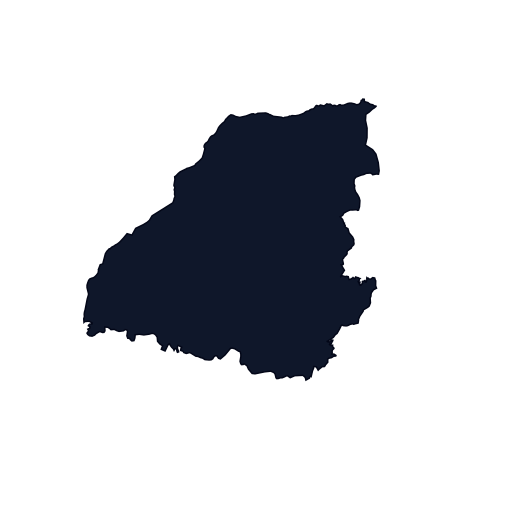 the district of Dalboset, Caras-Severin, Romania, rotated 236°
{"feature_id": "2599482B18493175131384", "entity_name": "Dalboset", "entity_type": "district", "adm_level": 2, "iso_a3": "ROU", "parent_name": "Romania", "parent_adm1": "Caras-Severin", "projection": "albers", "projection_center": [21.932, 44.818], "detail": "fine", "context": "isolated", "style": "filled", "palette": "ink", "viewbox_px": 512, "rotation_deg": 236, "n_neighbors": 0, "source": "geoboundaries", "source_scale": "gbopen_adm2", "svg_char_len": 6128}
<svg xmlns="http://www.w3.org/2000/svg" viewBox="0 0 512 512"><g transform="rotate(236 256 256)"><path d="M237.1,365.7L236.7,366.6L239.0,369.4L243.8,373.1L246.6,374.1L250.2,374.5L253.2,374.4L255.6,375.0L257.5,375.8L258.9,377.1L261.2,377.7L264.6,380.2L265.5,382.9L264.3,388.3L263.3,390.9L262.9,393.6L260.8,397.3L259.2,398.1L258.1,398.2L256.7,401.6L255.3,403.3L257.7,405.7L265.1,409.6L273.4,412.4L278.9,412.1L286.8,408.7L291.9,414.1L299.9,419.6L307.2,422.6L312.0,426.3L312.0,430.2L312.7,434.6L312.6,436.8L312.9,439.2L313.2,439.3L314.3,438.0L316.1,437.4L317.8,435.7L319.2,435.0L320.6,434.6L323.4,432.2L325.4,433.4L326.4,432.3L325.9,431.1L326.1,430.2L325.3,429.5L324.5,427.9L324.2,426.4L325.0,424.1L327.2,422.6L329.5,420.4L330.4,419.0L331.1,417.4L331.9,413.3L333.1,411.1L334.5,410.3L334.9,409.3L334.7,408.2L335.0,407.2L335.8,406.1L336.8,405.7L337.4,404.7L337.4,403.6L340.4,402.5L341.6,400.4L342.5,399.9L342.3,396.4L345.2,393.8L345.1,391.9L346.9,390.5L347.0,389.7L346.0,386.9L345.9,385.7L346.6,384.4L347.0,382.6L346.7,381.1L347.2,379.8L347.5,379.5L347.8,377.8L347.6,375.4L348.1,373.1L348.8,370.3L350.2,367.1L352.3,364.3L352.4,363.1L353.2,362.2L353.5,360.1L355.0,357.1L355.0,355.9L356.8,354.7L362.1,348.5L365.3,346.7L365.4,346.3L367.1,345.6L369.1,344.1L373.3,337.3L373.5,335.5L374.2,334.0L375.2,333.6L376.3,331.7L377.6,326.1L380.0,320.0L383.0,317.1L385.7,315.6L387.1,314.1L387.1,311.7L386.6,309.2L386.2,308.7L386.3,307.5L385.0,305.0L384.8,302.3L384.2,299.2L383.4,296.8L381.1,293.1L380.3,291.2L379.8,288.7L380.3,286.4L380.1,284.8L379.1,282.5L378.0,280.7L377.6,278.9L377.7,277.9L377.3,276.2L376.6,274.9L375.4,273.9L373.7,273.8L369.7,269.3L367.3,266.2L366.4,261.9L366.0,257.4L365.2,255.9L366.4,250.1L367.3,247.6L367.2,247.3L368.2,240.1L367.9,237.6L367.2,234.5L367.2,232.9L364.8,231.6L360.5,227.5L359.5,227.2L358.5,227.2L357.9,226.8L356.6,225.2L355.2,224.8L352.6,222.9L350.8,222.4L349.3,220.1L348.3,219.2L346.6,216.8L347.4,192.3L345.2,187.7L344.8,184.8L345.0,180.2L346.2,171.7L342.7,164.9L346.6,161.6L345.0,156.2L343.7,150.6L343.5,147.8L343.8,145.2L343.6,144.6L344.0,141.2L343.5,138.8L344.0,138.5L344.0,137.8L343.6,136.8L343.6,136.0L343.0,134.3L342.1,132.4L335.1,124.5L335.9,122.0L332.8,117.6L332.0,117.3L330.2,115.5L329.3,112.9L328.9,110.7L328.9,109.0L329.4,107.7L329.9,105.4L329.4,103.7L328.0,101.7L326.3,99.6L324.2,98.2L318.5,96.1L317.6,95.5L314.6,91.9L307.0,84.3L305.4,82.4L303.8,81.0L301.7,79.8L300.3,78.1L297.2,76.3L297.4,77.3L295.9,80.1L294.9,81.4L292.0,82.8L291.4,82.2L292.5,80.0L292.4,79.1L291.9,78.0L290.4,78.7L289.7,78.4L289.1,77.7L289.4,75.6L287.9,75.5L287.3,75.0L286.8,73.2L286.4,72.7L284.9,72.7L282.9,73.4L281.2,75.3L280.7,78.0L281.1,79.7L280.9,83.8L280.0,84.9L278.4,86.0L277.7,87.3L278.4,88.9L281.7,90.9L279.8,93.3L277.8,94.2L276.0,94.6L274.4,97.5L271.9,98.9L270.1,100.3L268.1,104.3L268.2,106.3L267.1,107.5L265.5,107.5L262.0,104.3L259.5,103.7L258.4,105.1L256.8,105.1L255.0,105.6L254.1,107.5L255.3,109.2L256.2,110.1L258.3,111.8L256.4,115.5L253.3,118.9L251.0,123.6L250.0,126.6L248.5,128.1L246.6,128.7L243.9,128.7L240.3,126.7L236.8,127.1L233.8,128.4L231.6,125.3L228.1,127.5L231.4,133.1L231.8,134.8L231.6,135.3L230.0,135.0L227.4,135.1L225.2,135.6L223.6,135.3L224.4,136.9L224.0,137.8L223.2,138.0L220.5,137.0L220.0,137.1L219.8,138.3L223.3,139.2L224.8,140.2L225.5,141.5L221.9,143.4L221.3,142.1L219.9,140.7L217.8,142.3L216.3,142.2L214.2,143.7L213.1,146.9L212.0,147.7L206.6,150.1L205.1,151.8L202.8,153.2L201.1,154.7L198.7,155.7L196.0,159.0L195.0,160.8L195.0,162.7L195.9,164.5L196.1,166.4L195.2,167.7L192.1,167.8L190.6,168.9L191.3,175.0L193.7,183.2L193.0,184.7L191.0,186.5L186.9,188.3L185.6,189.4L183.0,188.5L181.2,187.3L177.6,183.9L175.3,183.2L174.1,183.2L173.2,184.7L173.2,185.9L170.1,187.2L166.4,186.5L160.8,187.1L158.9,189.3L155.1,198.5L152.3,203.8L149.4,205.7L147.3,205.8L143.9,204.5L142.8,204.6L142.0,205.9L141.4,208.1L140.4,209.6L139.9,212.0L139.7,213.9L139.2,215.1L136.0,216.3L135.1,221.2L130.9,228.1L128.7,228.8L127.3,228.8L125.2,228.0L124.9,231.9L125.7,233.3L126.0,234.6L125.5,234.6L129.2,238.6L130.8,241.0L132.0,241.9L132.1,242.2L130.3,244.0L126.6,243.7L126.9,245.0L127.2,248.8L127.0,249.5L126.2,250.6L126.3,251.7L126.9,252.6L127.8,256.1L130.0,257.5L130.5,258.3L130.6,259.0L129.5,261.8L129.5,264.3L128.5,266.2L128.9,266.7L131.0,265.8L132.3,264.1L133.5,265.3L134.8,266.0L135.4,267.1L135.7,268.8L136.0,269.1L138.0,268.8L139.2,269.6L139.8,268.1L141.5,267.4L141.9,268.1L141.1,268.5L141.0,268.9L142.7,271.8L142.8,272.3L143.3,272.6L143.8,271.9L143.9,271.3L143.5,268.8L145.0,267.3L145.5,267.3L145.5,268.3L145.2,269.1L145.4,269.6L145.3,274.6L146.4,277.7L146.5,279.9L148.8,284.5L150.6,287.6L150.8,288.7L149.5,289.4L147.7,291.6L147.2,292.6L146.8,294.2L146.8,295.4L146.3,296.7L146.1,297.8L144.8,298.8L144.3,300.5L143.3,303.1L145.2,304.9L146.1,305.4L148.1,308.4L150.3,313.9L151.3,314.8L151.0,320.1L151.2,321.8L153.2,324.7L157.3,327.1L158.4,328.8L160.0,330.0L161.0,331.1L162.5,335.0L162.2,335.2L161.9,337.9L164.4,338.5L168.5,341.4L169.3,341.4L171.4,342.1L172.8,340.7L172.7,337.8L173.8,336.9L175.0,336.6L175.2,336.0L176.0,335.8L175.1,335.0L174.4,334.8L172.8,332.9L173.2,332.0L174.7,332.7L174.9,332.3L174.7,331.6L175.4,330.1L175.3,329.8L173.8,329.1L173.4,328.3L173.8,327.5L173.7,327.1L173.1,326.6L173.1,326.4L173.8,325.8L174.3,325.7L175.4,326.4L175.7,327.2L176.2,327.6L176.6,327.1L176.6,326.2L177.7,326.4L177.9,327.7L179.1,328.9L179.2,329.6L180.3,328.7L180.9,328.6L181.4,328.0L182.9,326.9L182.0,325.1L182.3,324.7L183.9,324.4L183.6,323.3L184.0,322.4L183.7,321.8L184.4,320.0L186.4,320.6L186.9,320.5L187.3,320.9L188.5,319.8L189.1,318.4L191.5,316.3L191.4,314.6L191.5,314.6L192.4,316.1L194.7,321.3L201.0,321.7L200.3,323.0L200.4,323.8L201.0,324.2L204.3,325.5L205.2,326.4L205.2,327.3L205.8,328.3L206.5,331.9L207.0,332.8L208.4,333.7L209.1,334.6L209.3,339.5L210.0,340.2L210.3,341.1L210.6,343.2L211.3,344.1L213.6,345.2L214.8,346.2L217.6,346.7L223.1,346.1L227.3,347.5L229.4,346.4L230.4,346.3L230.9,346.4L231.4,347.0L233.8,347.1L233.9,347.6L234.5,347.3L237.8,348.2L241.4,347.7L241.3,350.6L242.4,352.7L242.2,356.1L241.7,359.0L241.4,360.0L240.3,361.5L238.7,364.3L237.9,365.4L237.1,365.7Z" fill="#0f172a" stroke="#020617" stroke-width="1.5"/></g></svg>